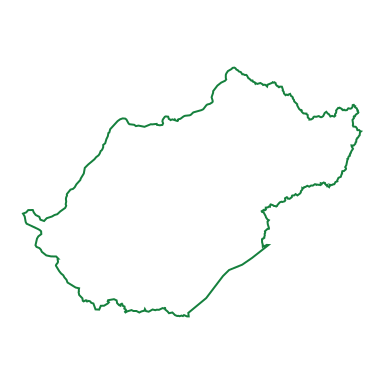 Kaleum, Xékong, Laos
{"feature_id": "54806243B53165803906009", "entity_name": "Kaleum", "entity_type": "district", "adm_level": 2, "iso_a3": "LAO", "parent_name": "Laos", "parent_adm1": "Xékong", "projection": "albers", "projection_center": [107.195, 15.875], "detail": "fine", "context": "isolated", "style": "outline", "palette": "green", "viewbox_px": 384, "rotation_deg": 0, "n_neighbors": 0, "source": "geoboundaries", "source_scale": "gbopen_adm2", "svg_char_len": 5976}
<svg xmlns="http://www.w3.org/2000/svg" viewBox="0 0 384 384"><path d="M268.5,245.0L266.6,244.9L264.5,246.4L263.8,245.8L262.8,246.6L262.6,244.1L262.1,242.3L262.0,239.3L262.5,238.7L263.2,238.7L264.3,237.8L264.1,237.4L264.8,235.4L264.6,233.9L265.2,232.8L264.9,231.3L267.5,228.9L268.8,228.9L269.0,228.2L267.8,224.3L267.5,221.7L268.8,220.2L267.6,219.6L266.0,217.4L265.7,216.2L263.9,212.9L263.3,212.3L261.9,211.8L261.7,211.2L263.8,209.9L264.4,210.4L265.4,210.0L265.9,209.5L265.6,208.8L265.9,208.3L265.8,207.6L267.8,207.4L268.9,206.5L269.9,206.8L270.4,204.6L270.7,204.4L272.9,205.2L274.0,206.0L275.0,206.0L276.2,206.5L277.1,205.9L277.3,205.2L279.7,202.4L281.4,201.7L282.2,202.0L284.6,201.3L285.3,200.3L285.0,198.3L286.8,197.2L287.3,197.4L287.8,198.6L289.6,198.8L291.8,197.2L291.9,196.0L292.3,195.5L294.2,195.4L295.6,194.1L297.4,195.4L299.9,193.6L300.8,192.5L300.9,191.2L302.3,189.6L302.3,188.0L303.0,188.4L303.6,188.1L304.2,187.1L305.3,187.0L307.3,185.8L309.2,186.7L311.1,185.5L312.8,185.6L314.9,184.2L316.1,184.4L316.4,184.9L317.5,184.6L319.0,184.9L319.5,184.6L320.3,185.1L321.2,184.6L321.0,184.4L321.3,183.9L321.1,183.3L321.8,183.5L323.8,182.5L324.7,183.3L325.0,183.2L325.2,184.1L326.1,184.9L326.8,184.9L326.6,185.4L327.3,185.8L327.3,186.3L328.2,186.3L329.1,187.1L329.5,186.1L330.5,185.5L330.0,184.8L330.9,185.0L332.6,184.8L333.0,184.3L334.3,184.2L335.5,182.0L337.4,181.3L337.2,180.5L338.5,177.8L340.8,176.8L341.6,174.1L342.1,173.7L342.0,172.4L342.4,171.1L343.8,171.1L345.8,169.4L346.0,168.3L345.2,167.1L346.3,165.2L347.5,159.5L347.4,159.0L348.1,158.8L348.4,157.1L348.9,156.3L349.9,155.7L349.7,154.9L350.3,153.9L350.2,153.4L350.8,153.0L351.2,151.5L353.0,148.8L351.7,146.5L351.5,145.4L353.6,145.6L355.3,143.8L355.6,142.3L356.2,141.9L356.4,139.4L357.3,138.4L357.3,137.9L358.2,137.3L358.8,136.1L359.6,135.4L360.0,132.3L361.0,131.4L360.2,131.2L359.2,130.1L357.6,130.2L357.2,129.9L357.1,128.6L356.0,127.1L355.6,126.8L353.3,126.5L352.8,125.2L353.1,124.1L352.5,119.9L353.9,118.2L353.7,116.8L354.1,116.2L355.0,116.3L355.7,114.7L358.1,113.0L358.4,112.3L357.8,111.5L357.9,110.9L357.5,110.7L357.7,110.2L357.2,109.8L356.8,108.4L355.1,107.3L355.2,106.2L354.6,106.1L353.9,105.5L353.8,104.9L353.2,104.9L352.7,105.1L352.5,106.9L351.5,108.3L350.3,108.7L348.3,108.3L346.9,110.1L345.1,110.3L344.1,109.7L343.0,110.2L341.9,109.4L341.8,108.9L339.6,107.7L339.1,108.1L338.2,107.9L336.1,110.5L336.3,111.6L336.0,112.9L335.1,114.1L334.9,115.5L335.2,115.8L334.3,116.6L332.1,115.9L330.4,116.5L328.9,114.2L327.9,113.7L326.3,111.8L324.7,113.0L323.2,116.1L321.7,117.1L320.5,117.1L318.8,116.1L316.2,116.8L314.2,116.6L313.3,117.3L313.0,118.3L311.2,119.4L309.4,119.6L309.4,118.8L307.8,117.5L307.7,115.0L306.4,114.1L306.4,113.6L303.4,113.4L301.9,111.9L301.3,110.9L301.7,110.4L301.5,110.1L301.0,109.9L300.4,110.1L299.1,108.9L297.2,105.4L297.2,104.2L294.2,101.4L294.0,100.0L292.8,98.5L292.9,97.8L292.4,96.8L291.0,95.9L290.1,93.9L288.6,94.5L288.0,95.1L286.7,94.6L285.6,95.2L284.0,93.5L283.6,91.5L282.7,90.6L282.9,89.7L281.9,86.7L279.9,86.6L279.2,87.2L278.7,87.2L277.6,85.9L276.9,85.8L275.8,84.4L275.7,83.2L274.5,82.3L273.8,82.7L272.7,82.2L272.2,82.8L267.6,84.7L267.1,86.5L265.5,84.9L264.4,84.7L263.1,85.0L262.6,84.3L260.4,83.0L257.3,83.9L255.9,83.2L255.4,83.7L254.7,82.3L253.0,81.7L252.5,80.5L251.4,80.7L249.1,78.5L248.4,78.3L247.0,75.6L246.2,74.9L244.8,75.0L243.2,74.2L242.3,74.3L240.8,72.1L238.8,71.4L237.7,70.1L236.5,69.7L235.4,68.2L234.3,67.6L232.6,67.9L231.4,69.1L227.9,71.1L226.3,73.5L225.8,74.9L225.8,78.0L226.2,79.5L225.0,80.8L221.2,82.6L217.4,85.6L213.2,91.1L213.1,92.8L211.6,97.2L212.6,100.5L212.7,101.7L212.2,102.4L209.8,103.9L207.3,104.5L206.3,105.3L203.3,109.2L201.5,110.1L193.3,112.4L190.8,114.8L189.7,115.3L185.0,115.8L183.6,116.4L180.4,118.8L178.3,119.3L178.0,119.6L178.0,120.6L177.4,121.0L175.5,120.4L174.8,119.4L174.3,120.0L172.4,119.4L170.5,120.1L169.8,119.3L168.8,118.9L168.2,116.7L165.8,116.4L164.8,116.8L162.8,119.6L162.4,121.3L163.1,123.3L162.4,124.9L159.8,125.3L156.9,124.8L156.7,123.9L152.0,124.4L150.9,124.2L144.5,126.8L138.5,125.6L135.9,126.1L134.2,124.8L129.4,124.2L128.6,123.5L126.4,119.5L125.2,118.6L122.7,118.4L120.1,119.3L117.6,121.1L110.2,129.2L109.3,132.5L108.4,133.0L107.8,136.3L106.4,139.1L105.2,143.3L103.2,144.9L103.2,147.2L102.4,149.2L101.6,150.4L100.7,151.0L99.7,153.6L98.6,155.3L96.1,157.2L94.5,159.2L88.2,164.5L84.8,167.9L83.8,173.5L80.7,178.6L80.3,180.0L76.4,184.3L74.7,187.3L73.0,188.9L70.5,189.6L67.0,193.9L66.8,194.6L67.0,195.6L66.2,197.3L65.9,198.9L66.2,201.7L65.7,204.2L66.2,205.7L65.2,207.9L60.3,211.4L57.3,214.2L54.5,215.0L52.0,216.5L46.7,218.2L44.1,221.0L40.4,219.7L39.3,216.8L35.7,215.0L33.8,212.5L32.8,210.0L28.2,210.1L26.2,212.4L23.0,213.6L24.7,216.5L25.7,222.0L26.6,223.7L37.7,228.9L39.7,230.0L41.1,231.3L41.3,234.1L38.3,236.4L37.0,238.6L35.5,245.2L36.5,246.9L39.4,248.1L40.9,249.7L41.8,251.8L46.3,255.4L51.0,256.4L56.2,256.5L58.2,258.6L57.7,258.6L57.6,259.4L58.0,261.5L57.8,262.6L56.3,264.5L55.9,265.4L56.1,266.0L59.2,271.1L61.1,273.5L63.3,275.3L64.4,277.4L66.5,279.8L67.5,282.5L75.6,287.5L79.1,288.3L78.8,289.8L78.9,291.6L78.6,292.1L79.2,295.0L82.4,298.3L82.8,300.8L83.7,301.4L85.7,300.3L86.5,300.4L86.6,301.2L87.0,301.5L88.8,300.9L90.3,301.5L91.2,302.8L93.4,303.5L95.5,309.4L99.2,309.6L100.8,305.8L104.1,305.7L107.9,303.4L108.9,302.3L107.7,301.3L108.1,300.2L114.0,299.2L116.6,300.4L117.1,303.1L119.1,305.2L120.3,305.7L120.5,304.4L121.9,303.7L122.4,304.3L122.6,305.7L124.5,306.5L124.7,307.1L124.3,308.6L125.6,309.4L126.1,310.3L125.0,311.8L125.5,312.4L127.2,311.4L131.5,310.1L133.4,311.0L136.4,311.0L139.3,312.5L141.5,311.4L144.4,310.7L144.9,309.1L146.0,311.1L148.7,311.7L152.6,309.5L155.3,310.2L156.7,309.7L159.0,309.8L162.6,308.1L163.9,308.5L164.8,307.9L165.1,308.0L165.3,309.6L167.5,311.4L169.0,313.2L172.4,312.5L175.0,315.1L177.2,316.0L178.2,315.8L179.5,316.2L181.6,315.6L182.9,316.1L184.0,315.1L187.0,316.4L188.7,316.4L188.3,312.9L206.2,298.1L223.0,276.0L229.1,270.0L242.2,264.7L252.1,257.9L268.5,245.0Z" fill="none" stroke="#15803d" stroke-width="2"/></svg>